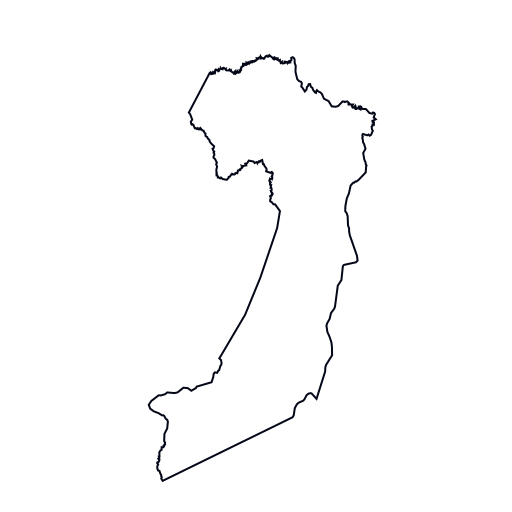 outline of Kaputa, Northern, Zambia, rotated 164°
{"feature_id": "96606910B91372429992286", "entity_name": "Kaputa", "entity_type": "district", "adm_level": 2, "iso_a3": "ZMB", "parent_name": "Zambia", "parent_adm1": "Northern", "projection": "equal_earth", "projection_center": [29.552, -8.814], "detail": "fine", "context": "isolated", "style": "outline", "palette": "ink", "viewbox_px": 512, "rotation_deg": 164, "n_neighbors": 0, "source": "geoboundaries", "source_scale": "gbopen_adm2", "svg_char_len": 6136}
<svg xmlns="http://www.w3.org/2000/svg" viewBox="0 0 512 512"><g transform="rotate(164 256 256)"><path d="M102.9,361.0L104.0,361.7L104.9,360.8L107.5,362.1L109.8,366.9L113.8,368.3L113.6,370.0L114.3,371.1L115.9,371.3L115.7,368.6L117.4,370.2L119.1,369.6L119.9,369.9L120.1,370.9L119.0,371.9L119.1,373.1L121.4,371.8L122.2,372.0L122.5,373.6L121.1,374.9L125.3,376.1L125.2,376.6L124.1,376.7L125.7,379.5L129.2,379.7L128.5,380.0L130.2,380.7L135.7,377.5L138.3,377.5L142.0,379.0L143.5,384.8L147.3,388.5L148.0,393.7L149.1,395.6L151.0,397.2L151.7,398.6L152.9,397.6L153.4,396.3L154.2,397.0L155.4,400.1L155.4,402.0L156.6,403.6L156.6,406.4L158.0,406.6L159.2,405.0L160.4,404.4L161.7,401.9L163.7,400.7L165.0,405.0L165.8,406.4L164.3,409.3L164.6,410.9L166.6,412.5L167.6,414.7L167.3,422.1L165.4,427.9L165.6,430.9L164.8,434.0L164.8,435.4L165.9,437.0L167.6,436.7L167.8,434.9L168.4,434.2L169.7,434.2L169.7,432.6L171.0,432.7L171.4,433.7L172.6,432.6L173.0,433.9L174.5,433.7L174.1,434.6L175.0,435.0L175.7,433.5L177.6,433.8L178.0,434.2L177.6,435.5L179.0,434.9L179.0,436.3L179.5,436.7L179.1,437.8L180.2,437.6L181.0,438.5L180.6,440.0L181.5,440.4L182.2,439.7L183.1,441.2L183.6,440.0L184.4,439.9L185.2,440.9L184.4,441.9L185.5,442.0L187.3,444.6L188.2,444.4L188.2,444.9L188.7,444.5L189.0,445.0L189.4,444.4L190.2,444.5L190.8,445.5L192.1,445.1L193.7,443.4L194.4,443.5L194.8,444.4L195.8,444.4L196.3,445.8L196.7,445.3L196.8,446.4L197.4,445.5L197.8,446.0L199.0,445.8L199.2,445.0L200.3,445.6L200.1,445.0L200.7,444.5L201.4,444.8L202.6,443.6L203.3,444.1L204.1,443.3L205.0,443.5L204.9,444.2L205.9,444.5L206.4,444.4L206.5,443.6L207.5,444.3L207.6,443.6L208.4,443.9L208.7,443.4L209.4,443.9L209.6,443.4L210.1,444.3L210.9,443.6L211.3,444.0L211.2,443.3L211.8,443.5L211.7,442.9L212.6,442.9L212.7,442.4L213.6,442.7L213.7,443.9L214.2,444.0L214.4,443.3L215.0,443.9L215.3,443.1L215.7,443.7L216.3,442.0L217.7,441.9L218.0,441.0L218.6,440.9L219.2,439.9L219.0,439.0L219.9,438.3L220.5,438.7L220.5,437.5L221.2,437.0L222.2,437.1L222.7,438.3L222.9,437.5L223.5,438.0L223.5,437.5L224.2,437.3L224.6,438.7L225.1,437.7L225.1,438.8L225.5,439.1L226.0,438.3L226.1,436.9L227.1,437.4L226.9,438.6L228.0,439.0L229.0,440.6L228.9,441.4L229.6,441.1L230.0,442.6L231.0,441.9L233.3,442.6L233.8,443.5L233.4,444.3L234.0,444.2L235.1,445.8L236.1,445.8L236.6,444.7L237.9,445.5L238.2,446.4L238.6,445.6L240.4,445.6L240.3,444.3L241.1,444.1L241.0,445.2L241.5,444.7L241.6,445.3L242.8,445.4L242.8,446.1L243.3,446.4L244.0,446.0L245.0,443.3L246.2,444.5L246.5,443.4L247.3,444.2L247.9,443.7L247.9,443.1L249.0,443.2L249.1,445.1L250.0,444.8L281.0,412.4L280.2,410.5L279.7,404.6L281.6,403.1L281.9,400.8L281.4,399.9L280.7,400.2L280.1,399.4L279.6,395.7L278.9,395.6L278.2,394.6L277.4,395.0L277.3,394.4L276.4,393.7L276.2,394.1L275.4,393.5L275.3,394.2L274.7,393.9L274.2,394.3L272.9,391.4L271.9,390.9L271.5,388.7L270.8,387.4L271.3,386.5L271.3,385.0L270.1,383.8L270.0,382.4L268.8,380.4L269.0,379.1L268.3,376.9L266.0,373.0L267.2,371.2L268.2,371.0L267.9,368.6L267.4,367.9L268.2,367.0L267.9,366.8L268.1,364.8L269.5,363.2L269.7,362.1L268.6,360.4L267.9,356.4L269.0,355.3L268.8,352.5L270.2,350.2L270.8,348.1L270.8,346.8L271.2,346.6L271.5,345.3L271.1,345.5L271.1,343.4L270.6,342.9L270.9,342.2L270.4,342.2L269.7,340.9L268.6,340.4L268.0,341.0L266.7,339.1L263.1,337.3L260.9,338.6L260.4,339.6L259.2,339.5L257.4,341.1L256.4,340.9L256.2,341.5L254.6,340.3L253.4,340.6L253.2,341.2L251.7,341.3L251.1,340.8L249.8,343.1L249.1,342.9L248.2,343.5L246.9,342.5L247.2,343.1L246.8,344.2L245.2,344.5L244.9,345.1L244.9,346.7L243.5,345.6L242.5,346.1L240.5,345.8L240.8,347.7L239.1,347.5L236.6,349.7L232.2,347.4L231.7,345.8L229.4,346.1L229.1,344.9L228.6,345.6L227.4,345.3L227.0,346.2L225.8,345.7L225.6,346.3L223.6,346.6L223.9,342.3L223.1,341.9L223.1,340.6L221.9,337.3L222.1,335.8L222.9,334.6L219.2,332.0L218.4,332.3L218.4,331.8L217.3,331.9L217.0,330.9L218.3,329.0L218.2,328.6L219.0,328.1L218.7,326.7L219.3,325.6L219.6,326.0L221.2,325.6L221.4,326.2L222.5,324.6L222.0,323.6L222.3,322.6L221.9,322.5L222.5,322.0L222.4,321.3L222.8,320.9L222.6,320.1L221.9,319.9L223.2,317.5L222.5,317.2L222.5,315.9L223.1,314.6L223.8,314.6L223.8,313.5L223.0,312.1L223.9,311.0L223.2,310.7L224.5,309.5L225.9,309.6L225.8,307.4L226.7,306.5L227.3,304.7L225.8,303.0L225.0,300.9L223.4,300.4L220.6,292.6L228.0,277.0L257.8,234.0L282.7,202.5L317.1,169.9L317.3,170.3L317.3,169.8L319.5,167.7L318.3,165.6L318.6,162.7L319.3,161.1L320.6,160.1L322.9,156.4L323.9,156.2L325.5,154.4L327.6,155.5L329.1,154.5L330.4,151.5L333.5,146.9L349.1,146.8L350.1,145.6L355.3,144.3L358.0,147.8L362.1,149.4L369.0,146.5L372.1,146.7L378.9,149.3L381.5,148.2L385.8,148.2L388.0,148.9L396.6,145.5L400.1,142.5L399.8,138.4L397.1,134.9L392.9,131.7L390.2,128.7L388.9,128.4L388.3,127.5L387.6,124.4L386.5,123.0L386.4,120.9L388.9,114.7L393.0,110.3L395.3,103.4L394.8,101.7L395.4,100.8L395.4,99.8L397.1,99.3L396.9,98.3L398.0,97.7L399.4,98.2L400.2,95.7L401.3,95.5L403.0,94.1L404.0,90.0L404.7,90.1L404.8,87.7L405.7,87.9L405.4,85.8L406.9,84.5L407.7,84.8L408.1,84.2L407.6,82.4L408.7,81.3L409.4,79.4L409.3,76.9L408.0,76.0L408.0,73.2L407.5,72.1L407.8,70.1L407.5,69.5L408.4,68.1L407.7,65.6L265.3,90.9L263.7,92.4L260.6,99.1L257.7,102.1L255.5,103.2L250.5,103.9L248.8,105.0L245.7,108.3L243.5,109.2L241.3,109.1L240.4,108.5L237.2,102.0L221.3,126.0L220.2,129.5L218.7,132.0L210.2,139.6L208.1,147.5L207.3,152.2L207.6,158.4L208.3,163.2L207.5,169.6L206.1,171.8L202.6,175.2L199.6,180.5L195.2,183.9L194.0,185.6L185.6,204.9L180.5,209.4L175.3,222.3L173.9,223.2L161.7,222.4L159.6,223.6L158.9,228.4L160.1,249.9L159.8,253.5L158.9,257.1L159.1,260.1L156.9,269.2L157.1,272.5L157.9,274.4L156.3,279.4L152.8,286.4L149.4,290.6L145.6,297.7L142.3,299.7L141.4,299.4L139.9,300.3L138.9,299.9L136.4,300.9L127.5,306.1L125.3,312.1L124.8,312.5L125.2,313.5L124.9,316.2L125.3,318.8L124.6,325.4L121.2,328.9L121.2,333.3L121.7,336.1L121.2,338.8L121.4,340.0L120.5,341.1L120.7,342.1L120.2,343.3L119.5,343.8L115.9,341.4L114.3,341.7L113.6,340.3L112.1,340.7L109.2,344.1L109.6,345.8L109.2,348.5L108.5,348.8L108.0,349.9L107.6,349.6L107.2,350.2L106.5,349.7L105.8,352.0L106.9,352.5L106.9,353.8L103.2,354.4L104.7,356.7L102.6,359.6L102.9,361.0Z" fill="none" stroke="#020617" stroke-width="2"/></g></svg>